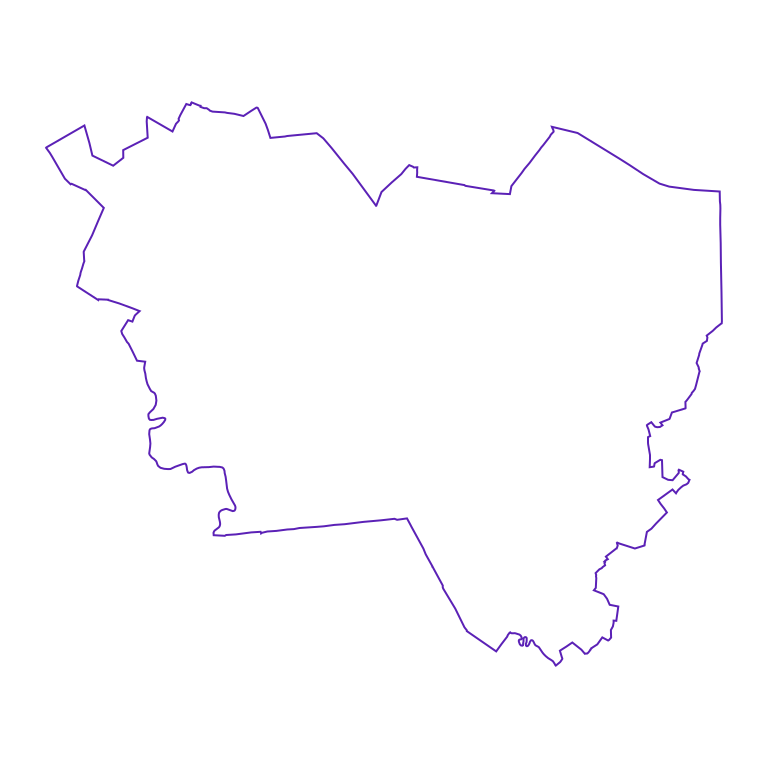 outline of Rikavas pag., Rezeknes, Latvia
{"feature_id": "27541924B46765973494104", "entity_name": "Rikavas pag.", "entity_type": "district", "adm_level": 2, "iso_a3": "LVA", "parent_name": "Latvia", "parent_adm1": "Rezeknes", "projection": "albers", "projection_center": [27.008, 56.629], "detail": "fine", "context": "isolated", "style": "outline", "palette": "violet", "viewbox_px": 768, "rotation_deg": 0, "n_neighbors": 0, "source": "geoboundaries", "source_scale": "gbopen_adm2", "svg_char_len": 6037}
<svg xmlns="http://www.w3.org/2000/svg" viewBox="0 0 768 768"><path d="M46.1,147.8L49.9,153.0L52.2,156.8L64.9,178.7L70.6,184.3L71.3,183.8L71.6,183.8L85.9,190.3L86.0,190.1L103.8,207.9L98.0,221.3L92.1,235.3L83.9,251.3L83.7,251.9L84.2,260.5L84.4,261.0L83.4,263.7L82.0,268.5L80.8,272.0L80.5,273.2L80.2,275.1L78.3,280.8L77.0,286.0L77.1,286.4L98.3,300.1L98.6,299.3L108.1,299.7L108.1,300.0L119.1,303.4L132.5,308.3L139.6,311.1L135.3,315.0L134.6,316.0L132.4,321.6L128.1,320.2L121.3,331.0L122.2,334.0L124.3,337.3L127.0,342.0L128.6,343.7L132.7,351.8L137.0,360.7L145.2,361.7L144.2,367.4L144.2,368.7L144.5,370.6L145.3,373.6L145.9,378.0L146.6,381.1L147.5,384.2L149.8,388.8L151.2,391.1L154.2,392.8L154.9,393.6L155.8,395.7L156.4,400.6L155.7,404.9L153.4,409.0L149.7,412.5L148.4,414.2L148.4,416.0L148.9,418.6L149.9,419.8L151.4,420.0L153.5,419.9L157.1,418.8L162.7,417.7L164.8,418.2L165.3,418.8L165.2,419.9L163.9,422.0L162.2,424.0L160.7,425.4L159.1,426.5L154.6,428.2L152.0,428.4L150.7,428.8L149.9,429.4L149.5,430.4L149.2,434.1L150.0,439.6L150.4,443.5L150.1,447.1L149.2,453.4L149.6,454.7L151.7,457.4L154.0,459.0L156.1,461.1L156.6,462.1L157.4,464.5L158.2,466.0L160.5,467.8L164.2,468.8L168.2,469.1L170.5,469.0L175.3,466.7L182.6,464.1L184.4,463.7L185.2,463.7L185.8,464.2L186.3,465.3L186.7,467.1L187.1,470.1L187.9,472.2L188.3,472.7L189.7,472.9L192.2,471.7L193.9,470.2L196.7,468.6L199.2,467.7L201.6,467.3L208.9,467.1L213.7,466.6L219.9,466.9L222.4,467.5L223.5,468.5L224.0,469.5L224.5,470.9L224.7,473.1L225.6,476.7L226.1,480.3L227.1,488.6L228.0,491.8L229.3,494.9L231.5,499.4L235.0,505.5L235.4,506.7L235.5,507.9L235.3,509.1L235.1,509.7L234.6,510.5L233.9,510.9L232.7,511.1L227.2,509.1L226.1,508.9L225.1,509.1L222.2,510.0L220.7,510.8L219.7,511.8L219.0,513.0L218.7,514.9L218.8,517.2L219.8,521.3L220.1,523.2L220.1,524.5L219.8,525.8L219.3,526.8L218.8,527.4L215.8,529.7L214.7,530.5L214.0,531.5L213.5,532.8L213.7,535.2L224.8,535.8L226.2,535.0L235.9,534.4L251.2,532.4L260.6,531.8L260.9,532.5L261.1,533.4L261.9,532.8L267.3,531.5L276.4,530.9L287.2,529.5L293.9,529.1L299.5,528.0L316.3,526.9L323.9,526.3L334.5,524.9L344.7,524.2L363.3,521.9L381.1,520.3L394.5,518.8L397.1,519.8L407.0,518.4L410.6,525.1L411.2,526.3L423.4,548.6L425.7,554.3L432.5,566.5L432.4,566.7L432.6,566.8L442.8,585.6L442.7,587.1L443.2,588.6L455.3,608.7L464.5,627.4L466.8,630.3L466.8,631.1L496.2,651.4L501.4,644.2L507.3,636.5L507.5,635.7L508.0,634.8L509.7,632.6L510.3,632.4L510.6,632.9L511.1,633.1L512.0,633.3L514.7,633.2L515.4,633.3L519.5,634.6L520.7,635.6L521.3,636.7L521.7,638.0L521.5,638.9L521.2,639.3L519.6,639.6L519.2,639.8L518.8,640.7L518.9,641.7L519.8,644.2L520.9,645.4L522.3,645.7L523.0,645.3L523.2,642.9L523.5,641.5L523.5,639.2L523.5,638.6L523.7,638.2L524.3,637.5L525.0,637.1L525.6,637.1L526.2,637.4L526.7,638.1L526.7,640.3L526.5,642.3L525.8,643.8L526.0,645.5L526.4,646.0L526.9,646.2L527.3,646.1L527.8,645.9L528.4,645.3L529.4,643.5L530.0,641.7L530.9,640.4L531.3,640.2L532.2,640.3L532.8,640.7L533.4,641.5L534.8,644.4L535.5,645.3L538.6,647.0L539.0,647.4L542.5,652.6L543.9,654.3L545.8,656.2L548.1,658.1L551.5,660.2L553.0,661.3L554.6,663.7L555.4,665.2L555.8,665.6L560.1,662.1L560.8,661.2L562.3,658.9L562.3,658.4L561.8,657.1L559.9,650.7L566.5,646.5L572.3,642.5L581.4,649.7L584.9,653.8L585.8,653.5L587.0,653.6L588.2,652.7L590.4,649.9L590.3,649.6L591.5,648.4L591.4,648.2L597.3,644.4L602.3,637.4L608.1,640.5L609.1,639.9L611.1,637.6L610.9,630.0L612.9,626.4L613.6,622.8L613.6,620.6L616.3,620.8L618.3,606.5L609.7,604.8L607.0,598.7L603.7,594.2L593.9,590.3L595.8,587.9L596.3,578.1L596.0,576.2L596.2,575.0L595.6,573.1L599.4,569.3L601.8,568.1L602.6,567.1L605.1,565.3L604.5,563.3L605.1,562.1L604.3,561.7L605.5,560.4L607.8,559.2L605.9,556.6L616.4,548.4L616.7,548.4L617.7,545.6L616.9,542.9L617.2,542.6L619.3,543.5L634.9,548.5L644.5,545.5L644.7,544.9L644.5,544.6L646.9,531.9L651.4,528.7L656.2,523.4L666.9,512.5L664.2,508.5L660.6,503.9L658.0,500.0L672.5,489.5L676.0,493.3L676.7,492.1L678.3,489.9L681.2,487.2L683.3,485.6L686.5,484.3L688.2,482.9L689.5,479.8L688.5,479.3L685.9,476.4L682.8,474.4L682.7,474.2L683.3,471.7L678.9,469.7L678.5,470.3L678.8,471.9L678.7,473.0L672.6,480.2L668.1,479.8L662.5,477.1L662.0,460.2L660.3,459.8L655.0,463.0L654.6,463.4L654.1,466.3L653.9,466.6L649.7,467.2L650.0,458.8L650.0,455.0L648.1,444.0L648.0,442.3L648.0,437.4L648.1,437.0L650.2,436.1L648.5,429.4L647.1,426.1L646.9,425.2L647.4,424.7L651.3,422.2L654.3,425.9L655.1,426.7L657.2,427.2L659.9,427.0L662.5,425.3L660.4,422.6L669.4,419.0L669.6,418.8L671.9,412.5L685.4,408.4L685.6,408.1L685.4,401.9L686.6,400.6L691.5,394.1L691.8,392.9L693.5,391.0L695.0,388.9L696.0,385.4L699.5,371.6L699.7,371.3L698.8,368.8L698.9,368.7L698.6,367.1L696.6,363.0L699.1,355.1L699.3,353.5L702.3,345.1L702.7,343.6L706.9,340.9L707.4,337.4L706.7,335.6L712.7,330.9L716.2,327.5L720.8,323.9L721.7,323.4L721.9,321.3L721.5,292.5L720.9,262.5L720.7,243.1L720.2,224.6L720.2,218.2L720.4,208.6L720.3,204.8L719.9,201.3L719.7,191.5L693.9,189.9L669.2,186.6L659.5,183.6L643.2,174.1L629.6,165.1L619.0,158.4L577.6,133.0L551.9,126.8L552.4,128.1L553.2,129.7L553.6,131.1L553.6,131.7L550.8,134.7L549.7,136.8L543.1,145.3L541.2,147.5L539.4,150.1L535.1,155.5L529.5,163.0L524.5,168.9L521.6,173.0L511.4,186.1L509.9,194.1L492.0,193.2L494.3,190.8L493.9,190.5L465.7,185.9L465.3,185.8L464.5,185.1L416.9,176.8L417.2,172.5L417.1,170.1L417.3,167.3L413.8,167.5L413.1,166.8L409.2,165.1L405.5,168.9L401.3,174.1L391.9,182.3L381.5,192.0L376.3,205.7L376.1,205.8L352.7,173.9L344.3,163.8L331.6,148.0L323.3,138.3L316.7,133.2L287.2,136.0L285.0,136.5L270.4,137.9L267.9,130.0L265.6,123.7L257.8,108.0L257.3,107.7L256.4,107.6L251.0,111.0L243.5,116.0L234.3,113.8L227.1,112.9L224.9,112.4L212.5,111.6L209.8,110.6L209.2,109.9L206.7,108.2L204.2,108.2L200.5,106.9L200.6,105.8L199.4,105.6L191.6,102.4L190.9,103.5L191.0,104.1L190.4,105.1L189.1,104.9L186.3,104.0L180.3,115.1L178.6,118.8L179.0,120.4L178.2,121.5L176.0,123.8L172.5,131.5L147.2,116.9L147.0,117.2L146.7,121.4L147.7,137.7L123.2,150.1L123.3,157.8L113.2,165.7L92.4,155.6L89.4,143.0L84.4,125.5L46.4,147.4L46.1,147.8Z" fill="none" stroke="#5b21b6" stroke-width="2"/></svg>